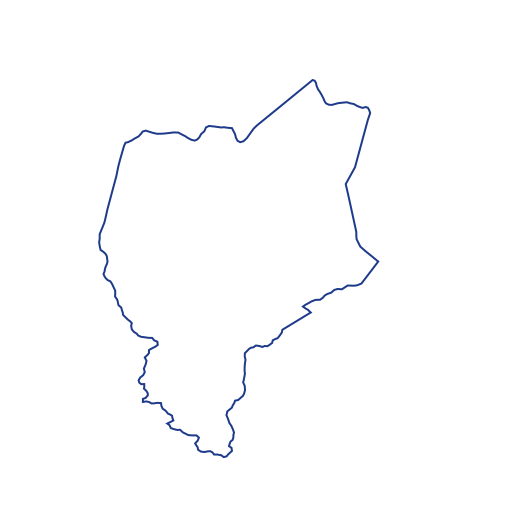 Cândido Sales, Bahia, Brazil, rotated 62°
{"feature_id": "56859067B27975744543815", "entity_name": "Cândido Sales", "entity_type": "district", "adm_level": 2, "iso_a3": "BRA", "parent_name": "Brazil", "parent_adm1": "Bahia", "projection": "orthographic", "projection_center": [-41.231, -15.332], "detail": "fine", "context": "isolated", "style": "outline", "palette": "blue", "viewbox_px": 512, "rotation_deg": 62, "n_neighbors": 0, "source": "geoboundaries", "source_scale": "gbopen_adm2", "svg_char_len": 3528}
<svg xmlns="http://www.w3.org/2000/svg" viewBox="0 0 512 512"><g transform="rotate(62 256 256)"><path d="M188.5,93.5L183.4,88.1L180.6,87.6L177.8,87.6L176.0,89.1L175.3,92.3L173.6,94.0L171.2,96.1L167.7,98.3L165.2,101.4L163.1,103.3L162.1,105.5L160.8,108.7L159.6,111.8L158.9,114.8L158.3,117.8L156.8,120.5L154.2,122.5L151.9,122.8L148.5,122.5L144.9,122.4L140.8,122.6L138.0,123.0L134.1,122.6L131.4,121.8L128.8,121.9L127.2,123.4L134.7,161.1L141.1,193.6L142.4,198.2L147.6,208.7L148.8,213.1L148.1,216.5L145.7,218.2L142.1,218.2L138.6,217.3L131.8,217.2L129.3,221.1L127.2,223.9L126.3,226.2L124.0,229.4L122.1,232.0L119.1,236.5L119.0,239.8L121.6,243.1L122.6,247.3L124.6,250.3L125.5,253.0L125.4,255.8L123.2,258.4L119.7,260.8L117.2,262.1L113.5,264.7L110.5,266.7L108.2,270.8L106.6,275.0L105.3,278.3L103.9,281.5L101.7,285.9L99.1,289.0L96.6,291.5L93.6,294.4L92.9,297.6L94.1,300.2L95.3,303.6L95.3,308.2L95.6,311.2L95.4,315.7L94.7,318.0L96.9,320.9L106.5,330.2L112.0,335.3L119.9,341.8L130.7,351.9L139.3,359.9L145.5,365.7L148.5,368.2L153.7,372.7L155.6,374.5L163.4,383.8L167.5,386.0L170.3,388.1L174.4,389.5L177.8,390.4L180.4,388.9L183.7,387.8L186.1,387.8L188.7,388.8L191.0,389.6L193.0,391.3L194.7,393.6L196.5,395.4L198.6,397.0L200.3,399.1L202.6,399.3L205.1,399.1L207.6,398.3L210.0,396.5L213.3,396.2L216.7,396.4L220.5,396.6L223.6,398.2L225.7,399.5L228.4,399.1L230.6,399.2L232.6,399.9L234.9,400.5L238.2,399.2L240.9,399.8L243.4,400.2L245.5,401.0L248.1,400.3L250.1,399.6L252.3,398.9L254.8,397.7L257.0,397.2L259.0,399.0L262.5,400.1L265.8,399.4L268.5,397.8L271.0,397.3L273.5,395.3L275.4,392.6L277.8,389.3L279.6,386.1L282.7,385.5L285.4,383.3L288.4,384.5L288.8,387.4L288.7,391.5L288.8,394.7L291.4,396.0L292.4,398.2L293.3,401.8L297.2,401.9L300.0,404.4L302.7,407.8L306.4,408.8L308.3,411.6L308.9,415.1L310.6,418.0L313.0,418.5L315.3,417.5L316.6,414.8L318.7,415.8L320.5,417.2L323.4,416.2L326.4,416.0L328.3,417.0L329.5,420.2L329.1,422.9L331.8,424.4L332.9,421.1L334.9,418.8L337.0,417.6L338.1,415.6L339.3,412.1L341.3,408.9L343.9,409.9L346.9,410.1L350.3,408.4L353.9,407.7L355.6,406.3L357.6,405.1L360.0,405.9L362.4,406.2L362.4,409.6L362.3,413.0L364.7,411.8L367.9,412.0L370.2,409.9L372.7,407.1L373.8,404.6L377.4,403.4L380.0,401.5L382.3,399.9L384.2,397.0L386.5,392.7L389.6,391.7L391.7,394.2L392.9,397.7L395.3,397.6L397.5,397.3L399.8,398.1L402.8,396.5L404.9,393.5L405.9,390.1L407.0,387.9L408.9,386.7L411.6,386.2L413.2,383.3L415.5,380.3L418.4,378.9L419.1,376.1L418.0,373.5L417.5,371.3L416.8,368.7L413.9,367.7L411.2,369.1L409.4,367.4L407.9,365.6L407.4,363.0L405.6,361.2L403.3,359.9L401.6,358.3L398.4,357.8L394.3,357.5L390.9,357.9L386.9,357.2L382.7,356.8L379.7,354.2L379.2,351.5L378.6,348.6L376.9,346.5L375.6,344.2L373.9,342.4L374.8,339.3L373.9,335.6L373.4,333.3L371.9,331.1L369.2,328.6L365.2,326.9L361.6,326.7L359.7,325.0L357.6,323.3L354.8,321.1L352.1,320.0L349.3,318.5L346.1,316.5L342.7,314.0L339.4,313.1L336.6,311.5L335.7,308.5L334.8,305.9L334.6,303.6L335.4,301.2L335.0,298.1L337.0,295.3L339.3,293.1L339.5,290.6L341.0,288.3L340.8,285.5L340.3,282.5L338.3,280.8L338.4,277.9L338.7,275.4L337.2,272.1L335.7,269.1L333.5,267.4L331.6,234.2L327.9,235.4L325.4,237.0L322.7,238.3L322.3,235.3L322.3,231.9L322.1,228.6L322.7,224.1L324.7,219.9L324.2,216.4L323.2,214.1L323.0,211.1L323.7,206.8L322.7,203.0L323.4,199.5L325.7,195.8L325.4,192.4L325.1,188.9L326.7,186.1L328.4,183.1L329.4,180.2L329.8,175.8L318.3,150.7L311.0,153.7L303.3,157.0L296.7,159.5L288.4,159.3L285.6,158.1L281.7,156.1L248.6,146.8L234.6,143.0L224.2,127.0L188.5,93.5Z" fill="none" stroke="#1e3a8a" stroke-width="2"/></g></svg>